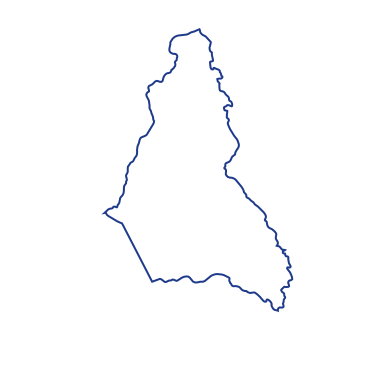 the Province of Neuquén, rotated 152°
{"feature_id": "ARG-1276", "entity_name": "Neuquén", "entity_type": "Province", "adm_level": 1, "iso_a3": "ARG", "parent_name": "Argentina", "parent_adm1": "", "projection": "equal_earth", "projection_center": [-70.544, -38.612], "detail": "fine", "context": "isolated", "style": "outline", "palette": "blue", "viewbox_px": 384, "rotation_deg": 152, "n_neighbors": 0, "source": "natural_earth", "source_scale": "10m", "svg_char_len": 6035}
<svg xmlns="http://www.w3.org/2000/svg" viewBox="0 0 384 384"><g transform="rotate(152 192 192)"><path d="M168.8,48.9L170.1,48.9L171.0,48.3L171.7,47.3L171.9,46.9L172.2,47.3L173.9,48.7L174.6,49.4L174.7,49.8L175.2,51.1L175.2,51.8L175.2,53.5L175.0,54.6L174.9,54.9L174.3,55.5L174.2,55.9L174.1,56.4L174.1,57.4L174.3,58.6L174.8,60.1L175.3,61.0L175.7,61.5L176.2,61.7L176.5,61.8L177.0,61.5L177.5,60.8L177.8,60.6L178.3,60.5L179.1,60.9L179.6,61.4L180.0,62.1L181.0,66.2L181.1,67.1L182.4,70.9L183.4,73.0L183.9,73.8L184.6,74.3L188.2,75.6L189.8,77.4L190.4,78.8L190.6,79.1L191.7,79.7L193.2,81.2L193.7,82.0L194.1,83.2L194.7,85.5L195.0,86.0L195.4,86.5L197.1,88.1L198.5,88.8L199.2,89.2L199.9,89.5L200.6,90.5L200.7,93.0L201.0,93.8L200.8,94.4L200.8,95.6L200.7,96.2L200.4,96.8L199.6,97.8L199.4,98.4L199.7,99.3L202.9,103.7L204.5,105.2L208.0,107.6L209.9,108.4L212.2,108.9L214.5,109.0L222.4,107.4L224.3,107.6L227.1,109.0L229.0,109.4L231.1,110.3L231.9,110.8L233.2,112.5L234.1,117.1L234.9,118.9L236.5,120.1L238.7,120.8L241.0,121.1L246.7,120.6L247.6,121.0L249.3,123.1L250.2,123.8L252.1,123.8L252.6,124.0L253.6,124.5L254.0,124.6L257.0,124.7L257.8,125.0L258.5,125.8L259.8,128.8L260.6,129.9L261.3,130.4L269.3,131.5L268.5,196.2L268.7,197.5L269.6,198.4L271.7,201.1L277.3,210.4L277.8,211.8L277.9,212.9L277.8,213.7L278.1,214.3L279.0,214.6L274.2,215.9L272.8,215.9L270.7,215.2L269.9,215.1L269.2,215.3L268.6,215.7L268.0,215.8L266.7,215.1L265.8,213.9L265.3,213.8L263.4,215.6L262.6,215.8L261.2,216.7L258.3,220.3L256.8,221.1L255.4,221.5L254.0,222.3L252.6,223.6L251.5,225.2L250.1,227.7L249.6,228.5L248.9,229.2L248.1,229.7L246.2,230.6L245.3,232.1L244.0,233.1L243.5,234.0L242.8,236.9L242.3,237.8L240.0,239.3L239.5,239.8L239.2,240.1L237.5,243.3L236.6,244.5L234.1,245.7L232.7,246.6L231.4,246.7L230.1,246.7L229.6,246.8L229.0,247.2L226.8,248.8L225.6,249.3L224.1,250.1L223.2,250.8L222.5,251.8L221.5,253.3L221.4,253.6L221.2,254.3L218.8,257.7L218.0,258.5L216.3,259.8L213.2,263.1L212.1,263.8L211.0,264.0L207.0,263.6L205.6,263.7L204.9,263.9L194.2,270.3L193.2,271.1L192.5,272.0L192.2,272.5L192.2,274.0L192.0,274.6L191.4,276.0L191.1,277.2L190.8,280.6L190.2,283.1L190.3,284.9L190.2,285.5L189.9,286.5L188.9,288.2L187.3,292.6L187.1,293.9L187.1,296.9L187.0,298.4L186.5,299.6L186.1,300.0L185.5,300.4L184.5,300.9L183.1,300.9L182.8,301.0L182.3,301.7L181.8,304.1L181.3,305.1L180.2,305.8L176.4,305.7L172.9,306.8L171.2,306.8L169.7,305.7L169.0,304.7L168.1,304.0L167.2,303.6L166.1,303.8L165.4,304.3L163.6,306.3L162.4,307.3L160.8,308.1L159.2,308.5L157.8,308.4L157.1,308.1L155.8,307.8L155.1,307.8L154.3,308.1L153.2,309.0L152.6,309.3L152.6,309.5L151.6,309.6L150.3,309.9L148.1,311.0L147.2,311.8L146.9,312.3L146.6,312.9L146.2,314.6L145.6,315.1L144.1,315.5L143.4,315.9L142.7,317.2L141.7,318.1L141.4,318.5L141.2,319.0L141.1,319.5L141.2,320.6L141.7,321.5L142.5,322.1L143.4,322.6L144.1,323.2L144.8,324.1L145.4,325.1L145.7,326.3L145.5,327.6L145.0,328.6L144.4,329.5L141.7,332.7L141.1,333.9L140.9,334.2L140.4,334.6L138.7,335.6L137.5,336.3L135.0,337.0L133.9,337.1L131.2,336.8L122.7,333.5L121.2,333.3L117.8,333.4L114.9,332.7L109.0,332.2L109.0,331.6L109.7,329.2L109.6,328.1L109.3,326.7L108.8,325.7L107.0,323.1L106.6,321.8L105.0,315.6L105.3,315.0L108.6,311.4L109.5,309.6L109.7,307.5L109.5,307.0L109.1,306.4L109.0,305.8L109.2,305.4L110.0,303.9L111.5,298.7L111.9,298.0L112.4,297.8L114.2,298.4L114.8,298.4L115.3,297.9L117.0,293.7L117.2,292.8L117.2,291.6L117.0,291.1L116.6,290.8L116.1,290.4L115.8,290.4L115.2,290.6L115.0,290.8L114.9,291.1L114.7,291.3L114.2,291.2L113.9,290.9L112.9,289.5L111.6,288.1L110.9,287.2L110.6,286.2L110.7,285.8L111.1,284.8L110.9,284.2L110.9,283.6L111.2,281.8L111.5,280.8L111.0,279.9L111.0,279.5L111.6,278.7L113.1,278.5L115.0,279.5L116.7,279.8L117.3,277.6L116.7,275.1L116.8,274.6L117.6,273.8L119.3,270.1L119.6,268.9L119.4,268.0L118.8,267.4L117.3,266.0L116.8,265.3L116.6,264.5L116.5,263.2L116.3,261.9L115.4,259.5L115.2,258.3L115.5,257.2L115.9,256.2L116.1,255.2L115.1,253.5L115.0,252.3L115.2,251.0L115.6,250.0L116.3,249.1L116.8,249.1L118.8,251.4L119.5,251.9L120.2,252.1L121.3,251.8L122.2,251.7L123.0,251.9L123.8,251.8L124.5,251.0L124.8,248.9L122.8,247.0L123.9,245.2L124.6,244.5L125.4,242.9L125.9,242.2L126.3,241.3L125.6,239.5L125.6,238.3L126.3,237.4L127.3,236.8L128.1,236.0L128.5,234.6L128.9,229.8L128.4,221.9L127.6,217.6L127.6,216.0L128.2,212.3L128.9,210.8L130.2,209.5L134.2,207.3L135.4,206.3L136.2,205.1L136.5,204.9L139.8,204.3L140.5,203.9L143.1,201.9L144.5,201.3L146.2,201.3L148.1,201.5L149.0,201.3L149.7,200.6L150.4,199.3L150.6,198.9L152.2,198.1L152.3,197.5L151.8,196.7L151.7,196.3L151.8,195.2L152.2,194.3L153.3,192.7L153.8,191.8L153.9,190.6L153.3,188.5L151.9,187.0L150.2,185.9L148.8,184.5L147.7,182.5L145.8,173.1L145.7,171.3L145.7,169.5L146.2,167.4L145.5,164.8L145.5,163.7L146.1,162.7L146.2,162.4L146.2,161.7L146.1,161.4L144.9,159.7L144.5,158.7L144.2,157.5L143.8,156.3L142.6,154.0L142.3,151.5L140.6,148.1L138.2,140.3L137.9,137.6L138.0,136.4L138.3,135.5L138.8,134.9L139.5,134.2L140.5,133.5L140.8,133.1L140.8,132.4L140.2,131.4L140.1,130.7L140.4,129.6L141.1,127.3L141.2,126.2L141.0,124.8L140.4,123.7L138.9,121.7L137.7,118.9L137.3,117.2L137.2,115.9L137.6,114.8L139.4,112.5L139.9,111.3L139.9,110.1L139.8,109.0L139.8,107.7L140.2,106.5L140.8,105.7L142.4,104.7L140.7,103.2L140.2,102.2L139.7,99.4L139.4,98.8L138.0,97.8L137.1,97.0L137.4,96.9L138.3,97.1L139.2,97.1L140.0,96.5L140.3,95.7L140.1,94.9L138.8,94.0L138.8,93.5L139.2,92.6L139.3,91.6L139.0,91.0L138.6,90.7L137.8,90.2L137.6,89.6L137.6,89.1L138.5,87.6L139.6,84.4L139.8,83.2L139.7,81.0L139.8,80.1L140.5,79.4L141.4,79.5L142.3,80.2L143.1,80.6L143.8,80.1L143.9,79.1L143.2,75.1L143.3,72.9L143.6,70.2L144.4,68.0L145.9,67.6L146.8,67.9L147.6,68.1L148.4,67.9L149.3,67.3L149.8,66.4L150.1,64.1L150.5,63.3L151.3,63.0L152.2,63.3L154.0,64.2L155.0,65.0L159.0,63.9L159.4,63.2L159.4,61.8L159.2,61.1L158.5,59.8L158.4,59.1L158.5,58.6L159.2,57.1L159.3,56.6L159.1,55.6L159.3,55.0L159.7,54.7L160.9,54.2L161.5,53.8L163.2,51.4L164.1,50.8L164.2,50.4L164.4,49.3L164.8,48.1L165.1,47.7L165.7,47.5L166.8,47.7L168.8,48.9Z" fill="none" stroke="#1e3a8a" stroke-width="2"/></g></svg>